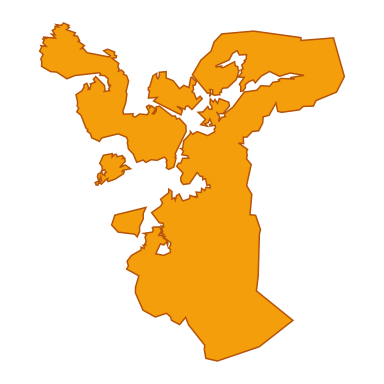 Namsos nor, Nord-Trøndelag, Norway
{"feature_id": "86288312B29222354807484", "entity_name": "Namsos nor", "entity_type": "district", "adm_level": 2, "iso_a3": "NOR", "parent_name": "Norway", "parent_adm1": "Nord-Trøndelag", "projection": "orthographic", "projection_center": [11.404, 64.444], "detail": "fine", "context": "isolated", "style": "filled", "palette": "amber", "viewbox_px": 384, "rotation_deg": 0, "n_neighbors": 0, "source": "geoboundaries", "source_scale": "gbopen_adm2", "svg_char_len": 5852}
<svg xmlns="http://www.w3.org/2000/svg" viewBox="0 0 384 384"><path d="M192.4,74.8L207.4,93.2L210.1,93.1L209.6,96.5L211.2,93.9L209.8,89.5L212.7,89.9L212.7,94.4L214.1,95.2L219.9,94.7L219.6,92.6L221.5,92.3L221.2,90.4L222.6,88.2L227.5,87.8L236.3,79.5L239.1,70.4L238.0,69.7L237.8,66.6L235.4,65.9L234.5,61.7L223.2,67.6L221.2,67.3L221.6,66.0L216.2,67.0L215.9,65.8L229.2,59.9L232.5,53.5L237.1,50.6L239.4,55.0L247.3,54.5L246.4,54.6L246.3,58.9L244.1,60.7L245.3,61.6L241.7,65.1L243.0,68.9L240.9,70.0L241.8,72.9L238.1,77.1L244.2,77.3L239.4,84.3L240.8,86.4L240.7,91.4L243.2,90.8L245.4,87.6L245.3,84.8L248.5,81.8L253.3,79.9L255.2,82.9L261.2,76.1L269.6,71.4L279.4,76.3L290.2,73.0L304.1,75.4L290.2,77.6L294.7,79.1L281.0,78.4L278.5,79.7L279.4,81.2L272.8,82.3L269.6,86.3L261.0,85.6L256.8,90.3L244.3,92.0L232.9,107.2L224.2,113.9L225.4,116.5L221.5,117.5L218.6,121.8L219.6,116.8L216.4,111.8L218.3,113.9L223.1,113.5L229.5,106.1L228.7,102.2L219.3,98.6L217.5,103.4L215.0,99.5L213.4,102.1L210.3,98.9L210.0,103.9L211.8,106.2L211.9,109.3L209.3,109.3L207.8,106.5L203.0,111.9L198.1,112.3L205.5,119.4L200.7,124.7L207.4,126.2L204.9,123.5L208.0,122.8L209.9,119.0L212.0,123.9L209.7,124.5L210.0,126.1L215.2,125.3L215.5,127.8L214.2,129.1L214.7,131.8L207.7,135.6L197.2,131.6L192.6,134.3L190.4,131.5L190.3,133.8L183.8,140.7L182.6,148.3L180.7,148.6L183.6,151.0L181.8,154.8L187.8,155.8L188.7,158.2L182.6,158.3L180.8,163.2L178.5,163.2L176.7,166.3L183.1,173.1L180.7,177.6L181.0,181.5L183.3,184.5L189.5,183.6L197.2,172.4L200.2,176.3L202.7,176.4L202.8,179.8L205.5,178.6L207.0,185.4L209.7,184.6L210.3,187.9L206.1,187.3L204.8,190.6L201.6,188.4L201.2,192.5L196.1,192.1L197.4,196.1L196.0,196.4L197.3,197.7L190.0,195.4L189.5,198.6L183.9,200.7L182.5,200.6L179.2,194.0L176.5,195.7L175.3,200.1L174.4,197.8L171.9,199.0L171.9,191.4L168.7,189.2L168.8,192.7L160.6,199.2L162.5,203.1L160.7,206.2L151.6,212.6L159.3,222.8L163.1,223.3L163.6,227.0L161.2,225.9L162.8,231.9L161.2,233.9L163.8,234.4L163.1,235.8L165.0,236.4L163.5,237.3L170.6,242.5L170.7,245.2L168.5,248.0L170.4,249.4L170.2,252.5L163.6,255.4L155.8,253.8L160.4,243.8L163.7,245.0L166.5,241.9L167.5,245.2L167.9,243.9L167.5,241.0L163.2,237.9L162.9,235.8L158.8,235.4L161.5,230.8L159.7,226.9L153.2,227.1L152.3,227.8L153.3,230.1L152.4,232.1L143.7,233.4L146.6,234.6L145.0,237.0L146.2,241.3L144.5,244.8L146.6,245.0L143.2,245.3L144.4,247.2L144.2,248.6L141.1,247.1L141.0,250.0L131.4,255.5L127.1,261.2L128.4,266.1L126.6,269.1L138.8,275.8L135.5,287.3L135.4,292.8L143.0,310.2L155.3,317.0L166.6,313.3L170.6,317.0L171.5,320.3L179.6,324.6L185.6,317.3L188.6,324.9L204.7,345.2L204.3,349.7L205.9,358.4L217.3,361.0L259.3,346.7L292.9,320.4L256.4,290.9L258.2,275.8L259.4,233.8L260.5,229.7L255.6,215.3L250.0,214.7L251.8,194.4L246.6,185.4L251.2,164.5L246.5,158.8L247.2,155.0L246.5,151.7L247.6,149.5L238.5,143.0L243.6,143.6L243.2,137.2L247.1,137.0L252.2,131.5L258.7,130.8L262.7,122.9L263.2,116.8L269.1,115.3L275.9,103.0L277.8,111.4L281.6,112.3L299.4,109.9L303.2,106.4L313.4,106.1L316.0,100.6L336.5,92.1L344.4,76.6L333.5,37.9L301.1,40.5L300.9,37.6L253.6,31.1L221.7,33.9L214.1,42.0L211.0,51.2L201.0,60.0L192.4,74.8ZM68.9,25.3L63.5,23.0L61.4,25.4L56.1,24.6L58.2,26.9L55.0,26.4L55.3,28.7L52.3,30.4L55.0,34.8L51.6,34.1L55.3,38.1L42.9,37.0L46.0,38.3L42.8,39.1L44.0,40.2L42.9,42.8L46.2,46.4L40.9,45.6L41.7,47.1L39.6,51.1L43.1,54.3L40.8,59.1L41.8,61.8L41.5,66.3L50.6,71.6L56.7,72.1L66.9,78.8L75.0,75.5L98.9,72.8L100.5,73.5L99.9,75.3L104.6,75.6L108.2,78.9L107.7,82.6L110.3,85.4L108.7,85.3L109.8,87.0L108.6,88.6L109.7,90.7L104.2,91.5L105.0,89.5L104.4,85.4L95.7,76.6L93.4,79.4L95.3,82.1L90.3,84.0L91.1,84.6L89.7,89.3L88.2,89.5L88.7,87.8L86.8,83.3L84.1,84.6L84.1,87.1L81.8,90.9L76.0,94.7L77.6,102.2L77.2,106.1L78.7,108.2L76.8,111.8L81.0,115.3L86.0,128.2L87.9,129.9L87.2,131.3L90.3,133.5L91.7,137.8L99.4,141.4L101.8,137.9L118.3,133.8L126.6,137.3L127.9,140.7L127.3,142.3L128.4,148.9L133.3,154.1L136.7,162.3L143.2,160.0L145.8,162.4L151.2,159.7L157.1,160.3L164.4,157.1L167.2,160.4L166.2,161.4L167.0,165.5L166.2,167.8L168.9,169.4L173.8,167.0L176.1,158.1L174.9,157.6L176.0,155.8L175.1,153.9L186.2,131.4L185.9,125.4L179.2,118.2L176.5,119.0L175.4,116.0L172.3,116.1L159.4,106.2L156.1,106.8L156.4,110.7L154.0,114.1L152.4,113.7L155.8,109.1L151.6,105.9L149.7,107.8L150.1,105.8L149.0,105.1L146.4,106.7L148.9,111.9L147.4,114.7L139.6,114.0L135.2,117.1L132.6,116.0L133.1,113.8L123.6,114.2L122.9,111.1L125.8,102.4L126.9,94.0L126.0,91.9L128.6,81.1L126.5,75.5L123.3,74.2L124.0,72.3L121.2,70.0L118.3,71.2L119.1,68.9L117.8,66.6L118.8,63.5L111.8,58.1L116.2,57.7L116.6,55.8L114.2,54.9L114.7,52.1L107.6,49.2L103.7,50.8L110.4,55.8L108.8,56.9L87.0,52.7L83.2,48.2L81.2,48.6L84.4,45.6L78.2,41.3L79.6,40.7L77.4,36.2L73.7,35.5L75.4,32.9L66.5,29.7L69.3,27.4L67.7,26.1L68.9,25.3ZM166.2,71.6L159.2,72.3L159.5,75.3L158.0,78.8L156.7,77.5L156.7,73.4L152.9,75.9L149.6,87.1L148.4,87.4L148.2,90.1L149.5,91.0L148.4,98.1L157.2,97.4L153.6,101.0L181.0,114.9L182.4,110.5L176.8,106.2L184.9,109.5L185.6,106.7L187.9,105.8L191.9,109.5L202.2,98.7L200.1,96.2L196.5,99.3L194.0,93.1L192.0,91.8L193.5,89.8L193.0,85.4L195.0,85.1L196.2,81.9L191.8,77.1L190.8,77.6L188.9,87.6L183.8,85.3L179.6,88.7L173.2,80.7L166.1,77.9L166.2,71.6ZM137.2,236.9L139.6,231.6L139.5,226.7L143.2,219.0L143.3,213.3L146.0,207.4L114.9,215.1L111.6,225.0L118.1,232.1L134.9,234.2L137.2,236.9ZM112.3,153.6L103.4,155.3L99.7,163.4L101.8,165.9L102.4,169.0L101.5,170.9L104.7,169.8L106.2,172.5L104.4,173.2L104.7,175.5L102.3,174.2L101.9,171.9L98.0,174.2L97.4,176.9L98.9,181.0L95.2,182.5L96.1,185.0L98.0,185.1L100.7,176.6L101.5,180.5L99.5,183.1L101.5,184.1L106.6,179.0L107.8,178.5L107.2,180.3L108.1,181.6L115.2,179.1L123.5,173.7L124.1,171.7L122.2,171.6L122.9,170.3L130.6,168.7L125.4,165.0L119.6,167.5L125.2,161.5L124.8,158.2L122.7,158.5L123.7,157.3L122.4,155.6L117.1,156.8L116.5,154.4L114.3,154.5L112.1,156.9L112.3,153.6Z" fill="#f59e0b" stroke="#b45309" stroke-width="1.5"/></svg>